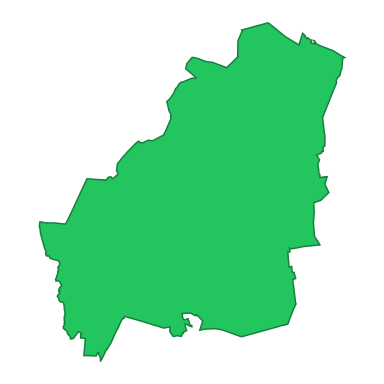 outline of Katvaru pag., Limbaži, Latvia
{"feature_id": "27541924B50356966028149", "entity_name": "Katvaru pag.", "entity_type": "district", "adm_level": 2, "iso_a3": "LVA", "parent_name": "Latvia", "parent_adm1": "Limbaži", "projection": "mercator", "projection_center": [24.779, 57.591], "detail": "fine", "context": "isolated", "style": "filled", "palette": "green", "viewbox_px": 384, "rotation_deg": 0, "n_neighbors": 0, "source": "geoboundaries", "source_scale": "gbopen_adm2", "svg_char_len": 5713}
<svg xmlns="http://www.w3.org/2000/svg" viewBox="0 0 384 384"><path d="M173.4,93.7L169.7,98.9L167.1,101.3L166.9,101.8L166.9,102.3L168.0,105.9L168.8,110.3L170.7,114.0L171.0,114.2L170.8,115.1L170.8,116.4L170.7,119.2L170.4,119.9L169.0,123.1L166.4,129.2L163.6,135.0L153.5,140.3L152.8,140.6L152.0,140.7L150.6,140.6L148.6,140.2L148.0,140.3L145.3,141.6L143.6,142.5L142.9,142.8L140.0,142.6L139.0,141.4L138.3,141.3L135.7,143.4L127.5,151.8L122.7,157.2L117.4,163.8L116.5,170.8L116.7,171.1L117.8,172.6L117.9,172.9L117.9,174.2L113.6,178.2L113.2,178.4L112.5,178.5L112.1,178.3L111.6,177.4L111.1,177.0L110.9,176.9L109.9,176.9L108.8,177.1L108.1,177.4L108.0,177.5L108.1,177.8L108.0,178.0L107.4,178.3L107.3,178.8L107.1,179.2L106.5,179.5L106.4,179.5L105.9,179.7L105.8,179.9L105.8,180.3L103.7,179.7L102.0,179.8L86.9,178.8L73.4,208.0L67.7,220.0L65.4,224.1L55.0,223.0L46.4,222.9L40.0,221.8L39.9,222.5L39.6,223.5L39.5,225.1L39.3,226.1L39.5,226.9L39.6,227.2L39.9,228.0L39.9,228.8L40.1,229.1L40.2,229.6L40.2,230.8L40.6,233.9L41.5,236.9L44.1,246.5L44.8,248.8L46.4,252.3L45.7,253.0L46.0,253.4L46.0,253.6L45.7,254.5L46.2,255.6L46.9,256.0L47.4,255.7L47.5,255.7L47.8,256.0L48.3,256.0L49.0,256.2L49.5,256.7L49.6,257.3L50.0,258.1L50.4,258.4L51.8,258.9L52.2,258.9L52.4,258.9L52.6,259.2L53.6,259.6L54.3,259.6L55.4,260.0L56.2,260.1L56.8,260.4L57.5,260.4L57.9,260.5L58.4,260.9L58.7,261.5L59.3,262.0L59.7,262.6L59.8,262.8L59.8,263.2L59.6,263.7L59.7,264.7L58.8,265.9L58.5,266.5L58.0,267.0L57.9,267.2L57.8,267.4L57.9,267.6L58.3,267.9L58.3,268.1L58.2,268.4L58.2,268.5L58.5,268.9L58.5,269.1L58.4,269.6L58.3,270.5L58.4,270.8L57.9,271.2L57.8,271.4L57.9,271.5L57.9,271.9L57.7,272.7L57.8,273.0L57.8,273.6L57.4,274.8L56.9,275.4L56.8,275.8L56.6,276.2L56.7,277.1L56.5,277.7L56.4,277.9L55.7,278.7L55.6,278.9L55.7,279.2L55.9,280.6L56.1,281.1L56.3,280.9L56.8,281.0L57.3,280.6L58.0,280.7L58.8,281.0L59.7,282.0L60.9,283.8L61.3,284.5L61.2,284.5L61.3,286.2L61.1,286.5L60.6,286.9L60.1,287.1L59.8,287.6L59.6,287.8L59.1,288.8L58.9,289.2L58.9,289.6L59.8,290.1L59.9,290.5L59.6,290.5L59.3,290.8L58.6,291.1L58.8,291.7L59.6,292.1L59.5,293.2L59.3,293.5L58.5,294.3L57.7,295.4L57.4,296.0L57.4,296.5L57.6,297.1L58.4,297.8L58.6,298.2L58.8,298.7L58.8,299.8L59.0,300.4L59.6,301.0L60.1,301.6L61.5,302.1L61.9,301.9L62.3,302.0L62.5,302.2L63.1,302.4L63.6,303.1L64.2,306.2L64.5,310.7L64.9,311.0L65.1,311.4L64.9,312.7L64.9,313.1L65.3,313.7L64.9,315.1L64.8,315.7L64.6,315.7L64.6,315.8L64.4,316.4L64.2,317.0L64.2,317.4L64.5,317.8L64.2,318.7L64.2,319.1L64.4,319.4L64.4,319.5L64.2,319.6L64.2,319.8L64.3,320.6L64.9,321.1L64.7,321.5L64.5,321.9L64.5,322.1L64.4,322.3L64.4,322.5L64.7,322.8L64.6,323.0L64.4,323.3L64.2,323.4L64.2,323.7L64.4,324.1L64.4,324.3L64.3,325.1L64.0,325.4L63.9,325.7L63.5,326.3L63.3,327.3L63.3,327.7L63.3,328.4L63.4,328.6L64.3,328.6L64.5,328.9L64.6,329.5L65.6,329.9L66.1,330.3L66.7,331.0L66.8,331.3L67.1,331.8L67.3,332.2L67.4,332.8L67.3,333.2L68.6,335.0L69.7,336.0L70.1,336.7L70.3,337.4L70.6,338.0L70.6,339.0L73.4,338.5L76.9,333.8L78.1,331.8L81.6,333.0L81.0,335.3L80.8,335.1L80.6,338.0L85.4,338.4L83.9,355.7L86.0,355.5L96.2,356.0L97.4,353.4L98.0,352.5L98.3,352.7L99.7,356.3L100.3,357.4L100.5,358.9L100.5,361.0L100.7,360.9L101.2,359.3L101.6,359.5L105.3,352.0L105.1,351.9L106.2,349.6L106.7,349.9L110.9,343.1L115.2,333.3L117.2,329.4L117.5,329.4L118.2,327.6L118.9,326.4L118.6,326.3L119.0,325.3L119.7,324.1L121.0,321.5L122.3,319.0L122.6,319.1L123.3,318.0L124.0,318.3L124.9,316.4L131.5,318.4L133.6,318.9L146.4,322.7L147.9,323.2L147.9,323.3L150.8,324.0L153.0,324.9L156.9,325.9L163.1,327.8L163.5,328.1L165.6,327.8L170.0,326.7L169.9,331.9L173.1,336.4L174.6,336.4L176.2,335.9L177.6,335.7L181.2,336.5L182.5,333.6L183.4,333.2L183.2,332.2L185.4,331.3L186.7,330.5L185.9,328.4L185.3,326.4L185.2,325.8L185.3,324.7L185.3,323.9L185.5,323.9L190.1,326.2L191.8,326.8L191.9,325.7L190.0,324.8L188.0,318.6L184.0,320.0L183.0,318.6L182.7,317.9L182.3,314.6L181.9,313.6L187.1,313.1L191.0,313.2L192.6,314.3L196.0,315.8L196.7,314.7L196.8,314.8L202.7,321.0L199.8,330.2L204.5,329.2L208.3,328.9L210.9,328.9L215.0,328.6L222.6,330.0L240.6,336.5L241.9,336.7L247.5,335.1L277.2,326.9L282.5,325.3L283.9,325.2L287.8,324.1L288.7,321.9L290.0,318.0L290.5,317.0L293.8,308.4L294.1,308.2L294.4,307.4L295.8,304.0L296.0,304.0L295.4,301.6L294.7,295.6L293.6,286.2L293.4,286.0L292.7,279.5L295.7,278.5L294.0,272.3L292.3,272.2L291.6,266.4L289.1,267.2L287.8,252.2L290.1,251.8L289.7,249.7L289.5,248.2L291.1,248.8L295.2,248.2L303.3,246.6L319.9,244.9L319.9,244.7L314.6,236.5L314.5,236.2L313.4,222.6L314.2,212.3L314.0,207.7L313.8,202.7L320.7,200.4L328.8,192.6L324.9,184.3L327.1,176.7L325.6,176.7L322.6,177.2L319.9,177.5L319.9,174.6L318.9,173.2L318.6,168.7L318.0,166.0L318.2,162.7L319.3,160.8L319.5,159.9L316.8,155.1L321.7,152.9L321.7,151.7L323.2,151.4L323.1,146.8L324.8,146.1L325.0,137.8L324.6,134.1L324.4,133.7L322.5,116.7L322.9,116.7L323.9,114.3L324.3,113.3L333.4,90.4L336.4,83.3L336.5,82.3L336.3,79.6L337.9,77.4L339.9,75.6L340.5,72.9L340.7,71.5L341.8,68.9L342.7,58.2L344.7,57.6L339.3,54.5L333.7,51.0L331.7,50.0L330.1,49.6L321.7,46.3L319.3,45.5L317.8,44.4L316.4,44.1L315.4,42.0L314.1,40.5L313.8,40.7L314.7,42.3L315.1,43.5L313.9,43.8L311.0,42.8L311.6,41.2L311.9,40.0L310.5,40.0L307.7,37.8L307.1,38.5L305.4,37.3L305.3,37.0L305.5,36.1L302.6,33.3L299.0,44.7L299.0,44.9L285.7,36.9L269.1,23.5L268.7,23.2L268.1,23.1L267.4,23.0L241.6,30.0L241.8,30.4L242.3,30.7L238.0,40.7L237.8,51.8L237.6,56.2L238.0,56.7L226.7,67.7L212.6,62.4L205.4,61.4L201.4,59.8L199.1,58.8L192.5,57.3L192.0,57.5L187.5,62.8L186.7,64.0L186.2,67.0L185.6,68.7L191.9,73.9L195.9,77.7L196.0,78.1L192.2,78.3L191.5,78.4L183.0,81.9L180.8,82.3L179.0,84.0L178.7,84.4L177.2,87.1L175.4,88.9L175.2,89.2L173.9,92.7L173.4,93.7Z" fill="#22c55e" stroke="#15803d" stroke-width="1.5"/></svg>